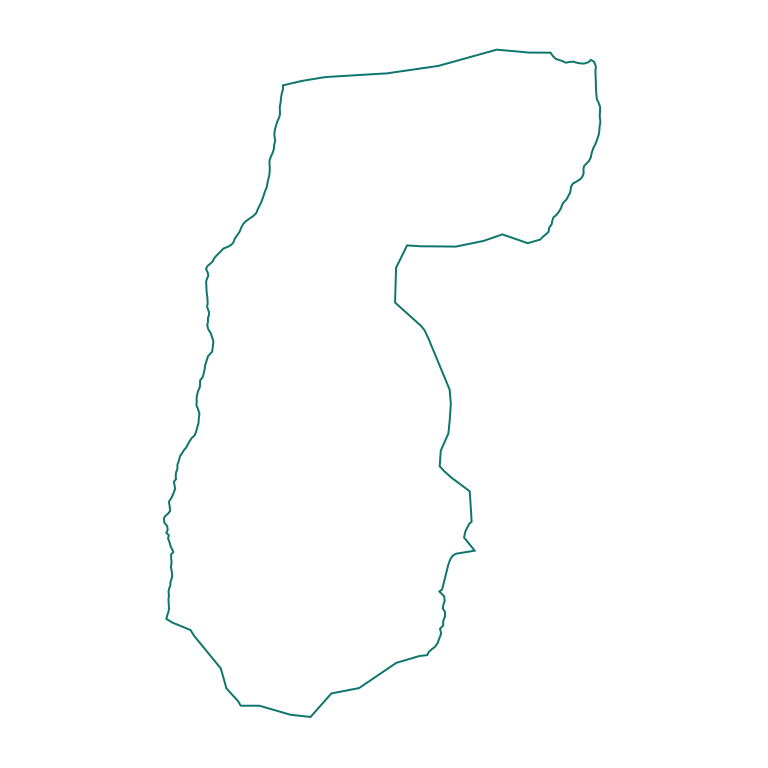 Brejo do Piauí, Piauí, Brazil (Mercator projection), rotated 178°
{"feature_id": "56859067B37698390775933", "entity_name": "Brejo do Piauí", "entity_type": "district", "adm_level": 2, "iso_a3": "BRA", "parent_name": "Brazil", "parent_adm1": "Piauí", "projection": "mercator", "projection_center": [-42.787, -8.365], "detail": "fine", "context": "isolated", "style": "outline", "palette": "teal", "viewbox_px": 768, "rotation_deg": 178, "n_neighbors": 0, "source": "geoboundaries", "source_scale": "gbopen_adm2", "svg_char_len": 3840}
<svg xmlns="http://www.w3.org/2000/svg" viewBox="0 0 768 768"><g transform="rotate(178 384 384)"><path d="M489.0,56.7L469.0,53.8L447.4,76.6L419.5,81.0L381.4,104.9L357.8,111.0L352.9,111.3L350.2,111.6L348.7,114.6L345.3,117.4L342.5,119.3L339.5,123.0L337.6,127.8L335.6,132.6L336.5,137.6L333.3,140.5L333.1,145.1L331.2,149.4L331.0,154.1L333.1,157.7L332.4,161.3L331.0,164.6L331.2,169.6L334.0,172.7L335.9,174.7L333.1,176.6L326.2,200.6L324.6,204.8L323.3,207.5L321.2,210.1L317.8,211.9L307.3,213.2L299.2,214.3L309.3,227.7L308.7,230.5L307.7,234.1L305.6,238.0L303.6,241.5L301.3,243.1L301.4,251.2L302.1,273.8L319.6,287.8L327.2,295.1L331.2,299.8L329.6,315.3L327.7,319.3L321.4,332.3L320.6,337.5L320.2,341.2L319.6,345.3L317.9,361.7L318.6,376.0L320.1,380.1L325.6,394.8L331.0,409.2L336.0,422.5L338.1,428.1L341.5,436.1L344.8,440.6L370.1,465.0L367.9,499.7L356.1,521.7L341.9,520.3L326.5,519.7L307.5,518.8L279.6,523.5L260.5,529.4L235.4,519.7L222.9,522.9L219.8,525.8L216.6,528.3L214.3,530.3L213.4,534.5L210.9,537.8L210.1,541.3L208.8,544.7L206.1,546.7L203.5,549.6L201.3,553.0L200.0,556.0L198.6,558.8L195.1,562.2L192.9,566.1L191.3,568.8L190.6,572.0L190.1,575.0L188.1,577.8L184.2,579.8L180.7,581.9L178.5,584.3L177.1,587.8L177.2,591.7L176.5,594.7L174.3,597.0L171.3,599.8L169.3,603.6L168.4,607.7L166.4,612.9L164.3,616.4L163.1,619.4L161.9,622.4L160.5,626.4L159.9,630.0L159.6,633.7L158.7,637.3L158.7,640.2L159.1,643.7L158.7,648.0L158.3,653.1L159.7,657.6L161.4,661.3L161.7,666.5L161.8,671.0L161.8,676.1L161.7,680.4L161.8,683.6L161.8,687.5L161.7,690.5L161.2,693.4L161.8,696.1L163.0,698.8L165.9,700.6L168.7,698.4L173.0,697.2L176.6,697.6L180.0,698.3L183.4,699.5L186.7,699.4L191.2,698.8L195.1,700.8L197.8,701.7L201.0,703.0L203.5,705.5L206.0,709.3L228.1,710.2L234.6,711.1L259.7,714.2L318.6,700.0L359.8,695.5L370.4,694.3L377.0,694.2L428.0,692.9L432.7,692.7L455.9,689.7L474.6,686.0L474.7,682.0L475.9,678.4L476.8,674.3L477.4,669.7L478.5,664.3L478.5,659.8L478.6,657.0L479.5,653.9L481.1,650.9L482.5,647.2L483.7,643.5L484.5,640.2L484.9,637.1L484.7,634.0L484.2,631.0L485.4,627.0L485.9,622.6L487.3,618.7L489.1,615.3L490.5,611.8L490.8,608.7L490.6,604.1L490.9,599.9L491.5,595.8L492.9,591.3L493.7,587.8L494.4,584.5L496.4,580.3L498.1,575.5L500.3,570.0L502.5,566.0L504.1,563.0L505.7,559.2L509.1,556.2L513.2,553.6L516.0,551.8L518.8,549.3L520.9,545.9L522.0,543.4L523.5,540.4L525.7,537.6L528.4,533.9L529.6,530.6L532.0,528.3L535.9,526.3L539.7,525.0L541.8,522.9L544.9,520.0L547.6,517.5L549.6,515.1L550.8,512.6L553.7,510.1L556.1,508.2L557.9,505.3L556.3,501.6L555.8,498.2L557.2,495.5L558.2,492.6L558.1,487.5L558.1,483.5L557.9,480.4L557.5,476.5L557.4,471.1L558.1,467.3L557.2,464.6L556.4,461.8L556.4,459.1L557.7,456.0L557.7,452.6L558.6,448.6L557.6,444.6L555.4,440.9L554.6,438.2L553.7,435.2L553.0,432.4L553.5,429.2L554.1,425.3L554.6,422.3L556.8,420.1L558.9,418.0L560.7,412.8L562.1,408.9L562.6,405.7L563.6,401.6L565.0,397.2L567.6,394.1L567.8,390.4L568.3,386.9L570.1,383.4L571.1,379.7L571.8,376.0L571.8,372.1L572.3,369.3L571.1,366.6L569.5,360.7L570.2,356.7L570.8,351.3L572.0,347.7L573.3,343.3L575.0,339.3L578.3,336.5L581.1,332.3L583.6,327.9L586.5,324.5L588.1,322.0L590.5,318.8L591.7,314.3L593.3,310.5L593.4,306.4L594.9,302.9L595.4,299.1L595.2,296.1L597.4,293.7L596.4,286.7L598.2,282.1L600.3,277.8L603.1,273.8L602.5,269.7L602.2,264.5L604.7,261.6L607.1,259.9L608.7,257.3L608.3,253.0L605.6,249.5L605.3,245.8L606.7,242.8L604.3,240.4L605.2,237.3L603.9,233.4L602.8,228.7L601.5,226.0L600.4,223.5L602.7,221.0L602.8,216.2L602.5,213.5L603.3,208.4L602.7,204.4L602.4,200.3L602.8,197.4L604.2,194.0L604.7,189.6L605.9,187.1L606.6,184.0L606.3,180.6L606.9,176.2L606.8,171.2L606.7,167.1L607.3,164.0L608.7,160.5L609.7,156.8L603.4,152.7L596.4,149.6L586.0,144.9L582.5,138.9L562.5,112.6L557.0,105.4L552.1,85.3L541.0,72.3L538.4,67.5L528.0,67.1L519.7,66.8L489.0,56.7Z" fill="none" stroke="#0f766e" stroke-width="2"/></g></svg>